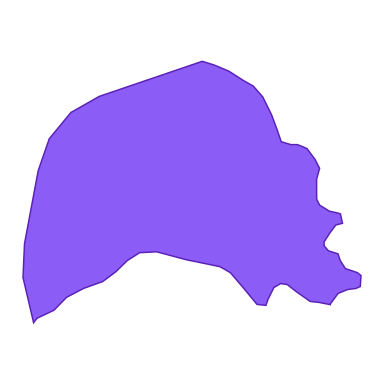 SVG path tracing the border of Tetovo
{"feature_id": "MKD-2958", "entity_name": "Tetovo", "entity_type": "Statistical Region", "adm_level": 1, "iso_a3": "MKD", "parent_name": "North Macedonia", "parent_adm1": "", "projection": "albers", "projection_center": [20.942, 42.029], "detail": "fine", "context": "isolated", "style": "filled", "palette": "violet", "viewbox_px": 384, "rotation_deg": 0, "n_neighbors": 0, "source": "natural_earth", "source_scale": "10m", "svg_char_len": 941}
<svg xmlns="http://www.w3.org/2000/svg" viewBox="0 0 384 384"><path d="M70.9,112.5L99.2,96.4L202.3,61.3L214.9,65.3L228.9,71.2L242.9,80.2L253.3,86.1L262.8,97.0L271.6,114.9L277.5,130.8L281.2,141.7L290.8,144.6L297.5,144.6L307.0,148.6L315.1,159.5L319.6,168.4L316.6,179.3L316.6,188.3L316.7,199.2L319.6,205.1L329.2,211.1L338.0,213.1L340.4,213.9L342.5,223.3L335.8,225.0L329.9,232.9L324.1,241.9L324.1,245.8L328.4,250.8L338.0,253.8L340.3,260.7L345.4,268.6L357.3,272.6L361.0,275.5L360.3,286.5L355.8,288.5L347.7,289.5L338.1,293.4L330.0,304.4L330.1,304.6L318.9,302.4L310.1,301.4L296.1,291.5L287.2,284.5L280.6,283.6L273.9,287.5L268.0,299.4L265.9,305.4L261.5,304.9L257.0,304.4L242.2,286.5L230.4,272.7L220.0,266.7L186.1,259.7L156.6,251.8L139.6,252.7L127.1,260.7L116.0,271.6L102.8,281.5L83.6,288.4L66.6,297.3L54.0,310.2L37.1,318.2L33.6,322.7L23.0,277.5L24.5,243.8L38.2,170.7L49.3,138.7L70.9,112.5Z" fill="#8b5cf6" stroke="#5b21b6" stroke-width="1.5"/></svg>